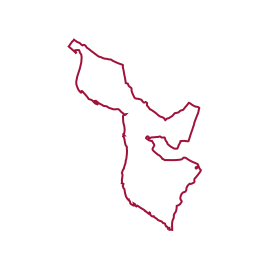 outline of Mozambique, rotated 127°
{"feature_id": "MOZ", "entity_name": "Mozambique", "entity_type": "country or territory", "adm_level": 0, "iso_a3": "MOZ", "parent_name": "Africa", "parent_adm1": "", "projection": "mercator", "projection_center": [35.316, -18.663], "detail": "fine", "context": "isolated", "style": "outline", "palette": "rose", "viewbox_px": 256, "rotation_deg": 127, "n_neighbors": 0, "source": "natural_earth", "source_scale": "50m", "svg_char_len": 5388}
<svg xmlns="http://www.w3.org/2000/svg" viewBox="0 0 256 256"><g transform="rotate(127 128 128)"><path d="M80.8,170.0L82.4,168.8L84.0,167.0L85.8,165.0L87.5,163.2L88.9,161.6L90.9,159.4L92.9,157.3L93.3,157.0L93.5,156.8L92.7,154.9L94.0,152.7L94.1,151.2L94.0,149.8L94.2,149.2L94.6,148.7L96.2,147.5L97.4,145.7L98.4,144.0L99.8,141.2L99.9,140.6L99.9,139.9L99.5,139.0L98.6,137.5L98.0,136.2L97.4,134.2L98.0,132.4L98.2,131.4L98.2,130.8L97.9,130.3L97.3,129.9L96.7,129.6L96.5,128.9L96.5,128.1L96.8,127.6L98.2,126.8L98.6,126.4L98.7,126.0L98.8,125.3L99.2,123.7L99.8,122.1L99.8,121.5L99.6,121.1L99.5,120.2L99.4,118.9L99.3,115.2L99.6,111.3L99.5,109.2L98.6,106.7L98.5,104.9L99.2,103.6L99.3,102.9L98.8,102.8L97.7,102.7L97.0,102.5L95.8,101.5L93.8,100.6L91.4,99.8L88.1,99.6L85.3,97.1L83.1,96.7L82.4,96.4L80.3,94.9L76.9,94.8L73.5,94.6L71.4,94.6L71.1,94.4L70.9,92.3L70.9,90.5L70.7,88.9L70.4,87.1L69.9,86.4L69.3,85.2L69.0,83.9L69.0,83.2L71.5,82.1L72.5,81.6L74.0,81.0L76.7,80.3L79.1,79.6L81.3,79.0L83.6,78.3L84.6,77.8L85.7,77.3L88.5,76.4L89.3,76.1L91.0,75.5L91.8,75.3L94.9,74.3L98.5,73.0L99.7,72.6L102.1,71.8L102.6,72.1L104.2,75.0L105.5,76.6L106.9,78.2L107.2,78.1L107.6,77.7L108.3,77.6L110.6,77.2L111.5,77.2L112.1,76.8L113.3,76.5L114.7,76.3L115.1,76.5L116.6,78.5L116.8,80.0L117.1,82.2L117.2,83.3L117.1,84.7L117.0,86.5L115.8,88.6L115.6,89.6L114.9,91.2L114.1,92.0L113.7,92.7L113.7,93.4L114.2,93.9L115.1,94.9L115.4,95.6L115.4,96.2L115.4,97.0L115.6,97.5L115.9,97.8L116.8,98.3L117.8,99.6L119.4,101.2L121.3,103.5L122.2,104.1L123.0,104.3L123.3,105.1L123.1,105.9L122.6,106.4L122.8,107.2L123.1,107.5L123.5,107.7L124.3,107.8L125.1,107.6L125.3,107.4L125.2,104.0L124.6,102.1L124.1,101.3L123.9,101.1L124.1,100.5L124.8,99.0L125.3,97.5L125.7,96.9L126.1,96.5L128.7,96.1L130.0,95.8L130.5,95.3L130.9,94.2L131.2,91.0L131.3,87.9L131.0,86.2L131.4,83.5L132.0,81.9L131.7,81.6L131.5,79.3L129.7,77.0L127.5,73.9L126.3,72.3L124.8,70.5L122.2,67.6L121.0,66.5L120.4,66.1L118.3,65.8L117.8,65.2L117.2,64.3L117.0,62.7L117.0,61.5L116.8,59.4L116.3,56.4L116.1,55.6L115.5,53.3L115.0,51.2L114.9,50.7L115.1,50.2L116.1,48.6L116.8,47.5L117.1,46.9L117.7,45.3L117.8,44.5L118.3,44.2L120.1,44.0L121.6,44.0L124.1,44.0L126.7,44.1L127.1,44.2L127.7,44.3L128.3,44.3L129.1,44.1L129.9,43.5L130.8,42.6L132.2,42.6L134.1,43.6L135.1,44.4L135.3,45.1L136.6,45.5L139.0,45.6L140.7,45.2L141.8,44.4L142.9,44.0L144.1,43.9L145.0,44.2L145.6,44.8L146.7,45.3L148.4,45.5L150.3,45.1L152.4,44.1L153.5,43.0L153.8,41.8L154.1,41.1L154.5,40.8L155.6,40.7L157.4,40.6L158.9,41.0L160.9,42.2L162.1,41.4L164.2,40.1L166.4,39.4L168.4,39.4L170.1,38.9L171.4,37.9L172.8,37.2L174.2,37.0L175.6,36.5L177.5,35.5L179.5,34.0L181.5,32.4L182.8,31.4L183.4,32.6L184.4,33.7L183.8,34.3L183.0,34.8L184.3,35.6L183.4,36.7L183.3,37.5L183.5,37.8L183.7,38.2L183.1,39.5L182.3,40.5L182.1,41.3L182.8,42.6L182.4,44.9L183.1,47.1L183.3,48.2L183.5,48.9L183.2,50.2L183.3,52.4L183.4,53.3L183.0,54.4L183.7,54.8L184.1,56.1L184.0,57.5L183.8,58.2L182.6,59.1L182.5,59.5L182.5,60.0L184.0,60.0L184.0,60.9L183.9,61.5L184.0,62.8L183.8,63.6L184.1,64.5L183.7,65.5L183.8,66.3L183.9,67.3L184.2,69.9L184.3,73.0L184.3,73.6L184.9,73.9L185.6,74.1L185.6,75.0L184.7,76.1L184.7,76.8L184.8,77.8L185.7,76.5L186.2,76.5L186.7,77.0L186.7,77.8L186.8,78.2L186.8,78.9L187.0,79.9L186.9,80.7L186.3,81.3L185.4,82.3L185.3,83.3L185.4,83.9L184.8,84.1L184.5,84.4L184.9,85.3L184.9,86.1L183.8,88.6L181.1,91.9L179.9,93.1L178.8,94.4L178.8,94.9L178.7,95.4L177.5,97.3L176.1,97.6L175.3,98.1L175.9,99.7L175.0,100.1L173.5,101.4L169.2,103.8L168.5,104.4L167.5,105.9L166.0,106.3L165.2,106.7L163.8,106.9L163.3,106.8L162.9,106.8L162.4,107.2L159.6,108.2L157.0,109.1L156.4,109.5L155.9,110.0L153.6,110.8L150.0,112.9L147.0,114.9L144.9,116.8L144.3,117.1L143.6,117.8L143.4,118.8L143.2,119.4L141.6,121.5L139.2,124.0L138.7,124.6L137.8,126.0L137.7,126.9L136.8,127.2L136.1,126.3L135.8,128.0L135.2,128.1L134.6,127.8L133.0,128.6L131.6,129.5L129.3,131.5L126.1,135.4L121.5,139.2L120.9,139.3L120.4,139.3L119.0,138.0L118.2,137.9L118.9,138.6L119.4,139.3L119.2,140.6L119.3,142.5L118.7,146.2L118.8,147.0L119.5,148.1L120.7,149.3L121.9,151.0L123.4,155.6L123.5,158.0L125.1,161.0L125.1,162.4L125.7,165.7L125.7,168.3L125.6,170.0L126.3,170.7L126.6,170.0L126.5,169.0L126.7,167.3L127.1,166.6L127.6,166.7L127.7,167.5L128.0,168.2L128.1,168.8L128.1,169.7L127.5,173.1L127.7,174.5L128.5,176.8L127.6,179.5L126.3,185.8L126.2,186.9L126.5,187.4L127.2,187.5L127.5,186.7L127.9,186.7L128.1,187.2L127.5,190.1L126.9,191.4L124.9,194.6L123.8,195.9L122.0,197.3L117.7,199.4L109.1,202.4L105.7,203.9L103.7,204.8L99.4,207.6L97.5,209.5L96.8,211.7L96.0,212.7L95.3,213.9L95.9,215.0L96.6,215.8L97.3,216.4L97.7,216.9L98.2,217.2L98.7,215.5L98.9,214.9L99.4,214.9L99.1,217.0L98.6,224.2L98.6,224.4L97.4,224.4L95.3,224.5L94.0,224.5L92.7,224.6L91.0,224.2L90.0,224.3L89.9,220.3L89.6,219.4L89.3,218.2L89.2,217.4L89.4,216.5L89.5,215.2L89.4,214.1L88.4,213.5L88.2,213.3L87.9,212.5L87.9,211.1L88.6,209.3L88.5,206.0L88.6,204.8L88.6,202.5L88.6,199.7L88.6,197.1L88.6,195.0L88.4,193.9L88.2,193.4L87.7,192.2L87.2,189.8L86.5,188.0L85.7,186.9L85.4,186.2L85.1,185.4L84.3,183.9L83.7,183.1L83.5,182.4L83.5,180.6L82.8,177.4L82.3,175.1L81.5,172.6L81.0,171.0L80.9,170.7L80.8,170.0ZM119.0,50.1L119.3,49.8L119.4,49.5L119.4,49.2L119.2,49.0L118.9,48.9L118.5,48.9L118.4,49.4L118.3,50.0L118.6,50.2L119.0,50.1ZM118.1,49.0L117.9,48.7L117.5,48.5L117.1,48.6L117.0,49.0L117.4,49.6L117.9,49.6L118.1,49.0Z" fill="none" stroke="#9f1239" stroke-width="2"/></g></svg>